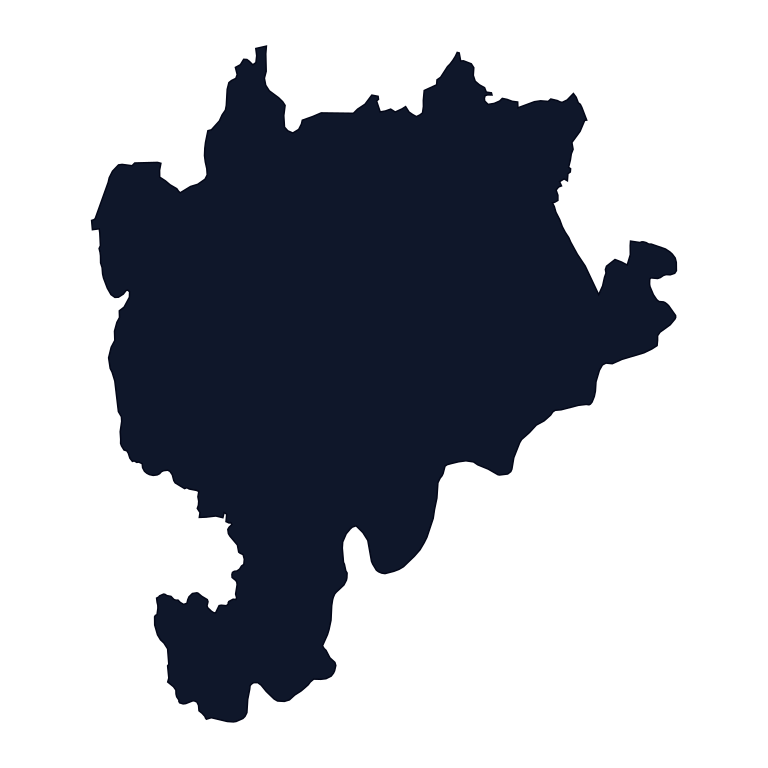 Zozocolco de Hidalgo, Veracruz, Mexico (Equal Earth projection)
{"feature_id": "50627088B61814303720147", "entity_name": "Zozocolco de Hidalgo", "entity_type": "district", "adm_level": 2, "iso_a3": "MEX", "parent_name": "Mexico", "parent_adm1": "Veracruz", "projection": "equal_earth", "projection_center": [-97.559, 20.128], "detail": "fine", "context": "isolated", "style": "filled", "palette": "ink", "viewbox_px": 768, "rotation_deg": 0, "n_neighbors": 0, "source": "geoboundaries", "source_scale": "gbopen_adm2", "svg_char_len": 6072}
<svg xmlns="http://www.w3.org/2000/svg" viewBox="0 0 768 768"><path d="M156.6,598.1L157.1,602.3L157.8,605.2L157.9,608.1L157.0,614.7L155.4,615.4L154.6,616.8L154.7,625.0L157.5,634.8L160.5,639.8L163.9,643.0L167.6,648.8L168.8,664.3L167.6,665.8L168.8,678.0L167.7,682.0L173.5,686.7L175.9,690.1L176.0,694.0L176.7,696.8L179.0,700.2L178.8,701.1L179.6,702.8L183.1,703.9L185.7,703.6L192.6,700.9L194.1,700.8L196.9,702.0L198.5,705.3L199.0,710.8L202.0,713.2L205.0,716.5L205.4,717.9L206.4,719.2L211.3,717.7L227.3,721.5L233.4,721.9L236.1,721.5L242.9,718.5L245.0,716.4L246.9,712.6L247.7,699.5L249.7,689.3L250.1,685.6L251.6,684.0L253.5,682.7L257.7,682.6L261.1,685.1L266.3,691.5L274.1,699.0L277.5,701.0L284.4,701.4L289.4,699.9L294.8,695.0L301.2,690.9L304.6,688.0L308.2,684.8L310.3,682.0L313.7,679.1L320.7,679.3L326.0,678.7L331.2,676.1L333.5,673.1L334.6,670.8L335.8,665.5L334.9,662.4L329.9,657.8L326.0,650.3L324.1,648.5L322.5,645.8L327.5,634.6L329.0,629.7L331.0,620.3L331.7,605.7L332.6,599.8L333.3,597.3L334.7,594.0L336.2,592.2L343.9,585.0L346.4,580.2L346.9,577.9L347.1,573.0L345.8,570.8L344.4,564.2L343.5,562.3L342.3,548.0L342.7,542.0L346.2,533.8L350.2,529.0L352.3,527.1L356.1,525.8L362.9,532.6L367.8,540.4L371.5,561.3L372.7,564.1L376.4,570.2L378.6,571.8L381.7,573.1L385.0,573.6L393.9,571.3L398.9,569.4L403.5,566.7L414.4,556.2L420.0,549.8L424.2,542.7L426.9,537.3L433.2,518.4L434.5,509.6L436.9,498.1L437.9,482.8L440.1,478.2L442.0,475.8L443.1,473.5L445.0,466.2L447.1,464.7L451.1,463.6L458.5,461.8L465.9,460.8L473.5,461.9L477.7,464.8L488.2,469.1L497.9,474.7L499.5,475.0L507.7,474.0L510.8,471.6L511.9,469.1L513.8,457.7L519.7,442.7L521.6,439.5L529.5,432.5L536.3,425.1L544.2,420.8L550.6,415.1L552.8,411.9L555.2,410.3L561.1,409.8L578.5,405.3L586.3,404.4L589.0,404.8L590.4,404.1L592.1,402.0L594.3,396.5L595.4,391.2L596.0,381.8L599.4,370.3L602.4,365.0L605.9,363.1L612.3,363.7L621.9,359.4L644.0,352.8L652.0,348.9L657.1,345.6L657.6,340.2L657.6,335.7L660.0,332.2L670.2,324.8L675.0,319.0L675.7,317.4L675.6,315.5L668.6,305.6L666.8,303.9L664.9,302.5L663.4,301.9L658.9,301.5L656.7,299.6L653.4,294.7L650.0,286.6L649.6,284.2L649.7,279.8L650.1,278.5L651.1,277.9L657.6,278.5L660.3,277.6L663.5,275.4L666.1,274.6L670.3,274.8L674.7,273.3L676.4,270.7L676.3,262.4L675.2,258.0L672.3,254.1L670.0,252.0L665.5,249.0L651.3,244.1L648.8,244.1L646.2,242.6L643.6,241.9L641.9,241.8L639.8,242.5L630.5,241.1L630.2,245.6L630.3,254.7L627.2,265.0L621.5,262.0L615.0,259.5L606.5,266.2L605.4,269.5L606.0,273.1L604.5,277.3L602.6,285.9L598.7,294.6L585.2,266.0L577.4,254.3L570.7,242.1L568.8,237.7L565.2,232.2L562.3,226.7L559.7,219.6L555.9,212.2L554.3,206.5L552.4,202.8L554.6,202.3L557.9,200.4L557.9,195.2L556.1,190.1L558.6,187.0L561.5,185.9L559.6,181.7L564.1,178.9L567.4,180.8L567.9,173.7L570.3,172.0L570.6,168.7L568.6,167.3L570.4,160.0L571.3,153.9L573.1,149.3L571.9,142.5L580.1,131.3L584.7,120.4L586.7,120.1L581.9,107.5L580.3,104.3L578.3,102.8L576.2,97.3L573.4,93.5L567.1,100.0L562.1,102.4L559.8,101.8L557.5,100.6L550.8,99.0L548.2,101.4L540.5,100.8L534.4,101.7L517.9,107.8L517.7,102.0L512.2,101.3L507.1,99.4L502.3,98.4L499.7,101.0L494.2,103.4L488.1,104.4L484.7,101.0L484.4,98.3L485.1,95.7L487.5,94.9L492.0,95.0L491.4,92.8L486.3,92.1L484.6,87.7L479.4,84.8L475.2,81.2L473.3,75.4L473.8,67.7L471.3,63.8L463.5,60.8L460.7,61.0L459.2,52.9L457.2,52.4L455.3,56.4L452.8,60.4L450.0,64.1L447.5,66.6L440.6,77.3L437.0,79.8L436.6,84.8L424.2,90.5L423.3,100.4L423.4,106.5L422.5,112.9L419.9,114.9L416.4,116.6L412.6,114.5L409.0,112.0L405.6,106.6L402.0,108.9L395.2,112.0L390.7,109.1L385.3,111.0L380.2,111.9L376.6,101.0L378.5,99.3L378.1,96.3L371.8,95.1L365.0,104.2L357.6,109.1L353.4,113.3L321.2,112.9L312.5,116.6L302.3,120.2L301.4,124.1L298.7,129.4L292.8,133.0L287.8,130.8L284.5,127.1L283.8,115.6L285.1,105.4L282.7,101.7L278.6,97.7L269.3,90.8L265.7,85.2L264.4,78.2L266.2,71.3L265.8,53.9L266.4,46.1L255.8,48.5L256.7,55.7L255.9,62.6L252.8,64.8L249.2,61.2L246.9,59.5L243.7,59.3L240.4,64.7L235.4,67.4L237.2,74.6L235.8,78.4L231.5,80.5L228.9,82.6L227.2,89.3L226.3,105.4L225.4,110.1L222.1,114.9L219.4,120.9L211.4,129.8L207.9,130.7L205.5,142.4L204.8,148.4L204.5,155.6L205.3,162.0L206.8,168.7L207.2,174.9L205.0,179.2L197.7,184.3L190.5,186.5L180.2,192.8L178.5,191.2L176.8,188.7L170.1,184.8L165.5,180.9L159.7,177.1L159.6,170.2L160.9,163.3L157.6,162.4L134.7,163.0L132.1,165.7L122.1,164.4L118.5,164.9L112.5,171.2L109.2,177.8L108.2,182.3L95.2,218.6L93.9,219.7L91.6,220.4L92.4,229.7L99.2,228.8L99.8,233.1L100.4,245.7L99.1,248.5L100.1,252.5L100.5,255.8L100.6,262.9L102.1,267.6L102.6,274.0L103.5,278.0L107.3,288.1L111.0,294.6L114.9,297.4L118.5,297.2L123.3,294.1L126.1,290.5L127.7,290.1L129.6,291.8L129.4,297.2L124.1,307.1L119.3,310.8L119.5,317.5L116.9,322.3L114.5,331.1L114.8,340.4L111.2,347.2L108.6,357.8L110.2,368.4L112.1,372.2L114.8,381.0L118.4,411.6L121.4,416.7L121.7,421.3L120.2,431.7L120.7,439.4L120.6,443.4L121.5,445.9L124.0,450.0L126.8,450.8L128.3,453.2L129.9,458.2L132.4,461.4L134.2,460.9L136.8,462.4L138.8,462.1L142.2,463.7L142.6,467.7L144.5,471.3L146.9,473.3L149.5,474.6L153.2,475.4L157.2,474.9L159.6,473.7L161.4,471.7L163.6,470.7L167.6,470.2L169.9,471.3L172.3,474.8L173.8,480.6L175.2,482.9L184.6,488.6L186.9,487.7L189.2,489.0L196.5,490.4L198.8,491.5L197.9,496.8L198.7,501.2L198.4,505.2L197.3,508.4L200.0,512.6L199.3,517.4L206.2,517.1L215.8,516.0L222.9,517.7L224.1,512.5L226.7,514.2L226.0,521.6L229.1,523.0L230.7,522.6L231.9,524.6L229.2,527.1L227.8,529.4L228.4,533.6L229.9,536.1L237.4,545.0L238.7,552.1L240.1,553.2L243.1,554.6L244.3,559.2L243.8,564.4L241.5,566.0L239.6,569.1L236.9,571.0L234.3,571.3L232.5,572.4L231.9,574.5L232.1,577.5L235.8,580.5L236.8,582.2L237.1,584.7L235.6,594.1L236.6,597.7L235.9,599.5L233.1,599.2L228.8,601.5L228.1,603.1L228.5,604.0L226.3,605.7L221.2,605.2L219.1,605.6L215.6,612.8L213.9,612.8L211.5,611.3L207.8,607.8L207.0,605.9L208.0,601.7L207.3,599.6L201.8,596.3L198.1,593.2L196.9,592.8L192.4,593.5L189.0,596.8L187.8,599.6L186.9,603.3L183.6,604.4L180.2,602.4L178.0,600.1L175.9,600.2L173.8,599.4L171.0,596.4L166.9,595.6L164.9,594.3L163.5,594.1L159.5,595.9L158.7,597.0L156.6,598.1Z" fill="#0f172a" stroke="#020617" stroke-width="1.5"/></svg>